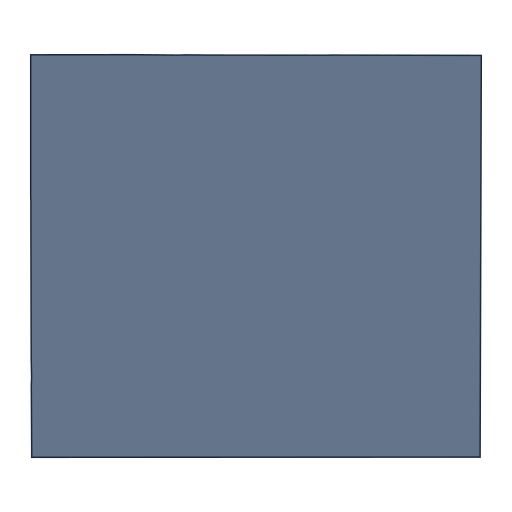 outline of Cheyenne, Kansas, United States of America
{"feature_id": "52423323B56945179963975", "entity_name": "Cheyenne", "entity_type": "district", "adm_level": 2, "iso_a3": "USA", "parent_name": "United States of America", "parent_adm1": "Kansas", "projection": "equal_earth", "projection_center": [-101.838, 39.786], "detail": "fine", "context": "isolated", "style": "filled", "palette": "slate", "viewbox_px": 512, "rotation_deg": 0, "n_neighbors": 0, "source": "geoboundaries", "source_scale": "gbopen_adm2", "svg_char_len": 397}
<svg xmlns="http://www.w3.org/2000/svg" viewBox="0 0 512 512"><path d="M480.1,457.1L481.3,55.4L476.9,55.4L389.0,55.2L330.3,55.1L329.4,55.2L204.3,55.1L202.4,55.0L185.2,54.9L178.9,55.1L134.5,54.7L125.7,54.7L30.7,54.8L30.7,196.5L30.9,202.3L30.9,211.7L30.9,225.0L31.2,357.7L31.6,377.9L31.3,385.1L31.6,434.9L31.7,451.8L31.7,457.3L480.1,457.1Z" fill="#64748b" stroke="#1e293b" stroke-width="1.5"/></svg>